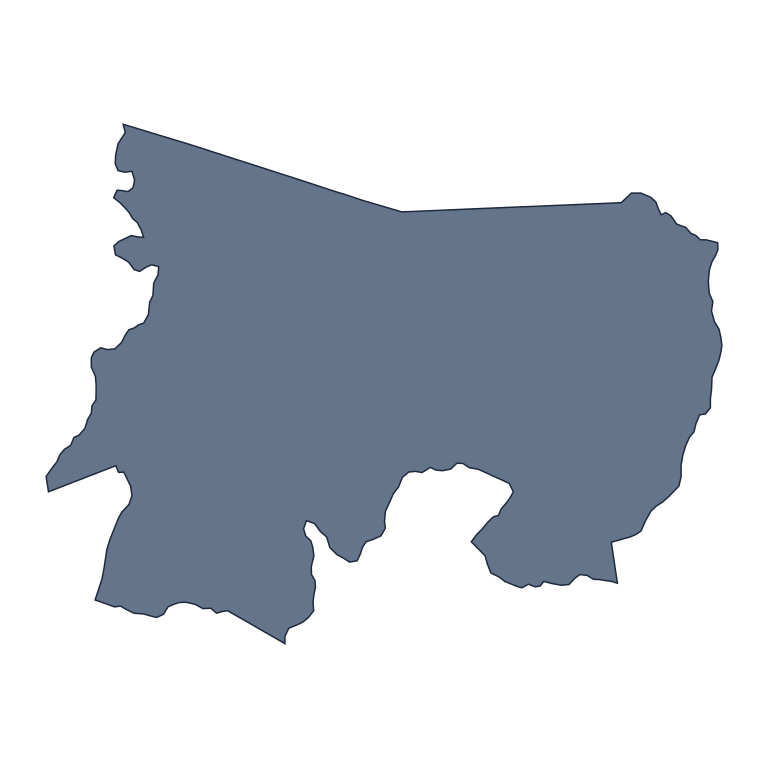 the district of Uruoca, Ceará, Brazil
{"feature_id": "56859067B73687769922526", "entity_name": "Uruoca", "entity_type": "district", "adm_level": 2, "iso_a3": "BRA", "parent_name": "Brazil", "parent_adm1": "Ceará", "projection": "equal_earth", "projection_center": [-40.696, -3.323], "detail": "fine", "context": "isolated", "style": "filled", "palette": "slate", "viewbox_px": 768, "rotation_deg": 0, "n_neighbors": 0, "source": "geoboundaries", "source_scale": "gbopen_adm2", "svg_char_len": 3146}
<svg xmlns="http://www.w3.org/2000/svg" viewBox="0 0 768 768"><path d="M95.1,600.0L107.8,604.4L114.5,606.9L120.6,606.1L125.9,609.3L134.0,613.2L143.7,614.0L149.7,615.7L156.6,617.5L163.5,614.3L168.0,606.8L173.6,604.4L179.2,602.5L186.0,602.2L195.0,604.3L203.0,608.6L210.7,608.2L216.5,613.2L222.4,611.5L227.5,610.7L240.9,618.3L285.0,643.7L284.9,636.4L288.8,628.2L297.4,624.7L303.3,621.8L308.3,617.6L313.7,610.8L313.0,601.8L314.0,594.4L315.5,587.1L314.9,580.3L311.5,574.6L311.3,566.5L313.9,555.8L312.8,547.5L310.8,540.8L305.7,536.0L303.6,528.9L306.4,520.7L314.5,523.5L320.5,531.7L326.6,536.9L329.9,547.6L337.0,554.7L343.1,557.9L349.5,562.1L357.2,560.7L360.4,553.9L362.4,547.6L366.0,541.8L373.4,539.3L381.0,535.8L385.3,528.3L384.5,520.7L385.5,511.1L390.2,501.0L393.2,493.9L398.5,487.0L402.4,477.4L408.6,472.1L415.5,471.3L421.9,472.6L430.3,467.4L436.1,470.1L442.5,470.7L450.5,469.2L457.1,463.1L463.0,463.5L469.6,467.8L478.1,469.2L509.1,483.3L513.3,491.8L509.7,498.5L505.5,503.9L500.9,509.3L498.6,515.4L493.5,516.7L487.9,522.1L482.3,528.9L477.1,534.0L471.3,541.8L478.3,548.9L485.0,555.7L487.4,564.0L490.8,572.9L499.3,577.1L504.7,581.4L512.1,584.4L516.9,586.4L521.9,587.8L528.4,584.2L535.4,586.9L540.2,586.0L543.8,581.4L551.8,583.5L561.7,585.3L569.1,584.4L574.9,578.2L579.9,574.6L587.1,575.4L593.5,579.3L599.8,579.6L605.1,580.5L611.7,581.4L617.4,583.2L611.3,542.2L630.3,536.9L636.1,534.4L641.0,531.0L645.2,521.4L651.0,511.0L656.3,506.1L662.5,502.1L669.6,495.7L678.9,486.1L681.1,476.7L681.1,464.9L682.9,454.9L685.5,446.1L689.5,437.2L694.0,431.8L695.9,423.8L699.6,414.9L705.5,413.9L710.4,407.8L710.4,398.9L711.6,388.5L712.0,377.3L715.5,369.1L718.9,360.3L720.6,353.5L721.9,345.6L720.8,337.1L719.0,329.1L714.4,321.6L711.5,311.0L712.9,301.7L709.2,293.1L708.3,281.0L709.4,269.8L712.0,261.6L715.5,255.6L717.9,249.8L717.7,242.7L711.0,241.0L706.0,239.8L700.1,239.8L696.1,235.6L691.1,233.5L685.9,227.6L676.6,224.0L671.0,215.9L665.7,212.6L661.2,214.8L658.3,208.7L655.8,201.9L650.8,197.3L641.0,193.1L631.4,193.1L621.2,202.7L500.9,207.7L401.7,211.9L362.1,200.2L346.0,194.8L337.7,192.3L331.1,190.2L302.0,180.6L189.5,144.4L123.2,124.3L125.3,132.5L121.3,138.7L118.1,143.7L115.7,154.8L115.2,163.7L118.1,170.6L124.7,172.2L132.0,171.3L134.6,180.2L133.0,187.7L128.0,191.6L121.9,190.6L117.1,190.2L113.7,197.7L120.0,202.7L124.7,207.6L129.0,212.3L132.5,218.5L137.2,222.4L141.2,229.9L143.6,237.3L138.3,237.0L131.1,235.6L125.9,238.1L119.2,241.3L113.9,245.9L115.5,254.9L121.3,257.7L128.5,262.0L134.1,269.6L139.6,271.4L146.3,267.1L151.6,264.8L158.7,266.6L158.0,274.8L153.7,283.1L152.9,295.6L149.7,302.0L148.4,314.5L143.6,323.2L138.6,324.8L134.1,328.0L128.8,329.8L125.3,335.0L121.6,342.4L115.0,348.8L107.6,349.6L100.6,347.8L94.0,352.1L91.3,357.8L91.3,367.0L95.4,376.3L96.1,384.8L96.1,392.1L95.9,400.0L92.0,405.7L91.3,413.1L87.6,419.5L84.9,428.4L78.9,435.2L73.9,437.5L70.7,445.4L64.4,449.3L59.8,455.0L56.9,461.8L52.2,467.8L46.1,476.5L48.5,491.8L115.8,465.7L118.6,472.4L123.8,472.1L130.6,486.1L132.0,495.7L129.0,504.3L121.8,512.1L118.4,518.2L114.4,528.3L110.0,539.3L106.8,549.7L105.7,557.2L103.9,569.0L102.0,578.9L95.1,600.0Z" fill="#64748b" stroke="#1e293b" stroke-width="1.5"/></svg>